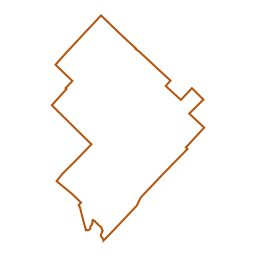 General Paz, Buenos Aires, Argentina
{"feature_id": "61730980B14792793371960", "entity_name": "General Paz", "entity_type": "district", "adm_level": 2, "iso_a3": "ARG", "parent_name": "Argentina", "parent_adm1": "Buenos Aires", "projection": "orthographic", "projection_center": [-58.446, -35.474], "detail": "fine", "context": "isolated", "style": "outline", "palette": "amber", "viewbox_px": 256, "rotation_deg": 0, "n_neighbors": 0, "source": "geoboundaries", "source_scale": "gbopen_adm2", "svg_char_len": 2243}
<svg xmlns="http://www.w3.org/2000/svg" viewBox="0 0 256 256"><path d="M203.4,99.6L191.9,88.2L180.9,99.9L165.7,86.0L170.5,80.6L155.2,66.5L152.7,64.0L150.9,62.4L139.3,51.7L135.5,48.8L135.9,48.4L121.4,35.1L101.0,15.4L92.0,25.2L90.9,26.3L85.1,32.4L81.9,35.9L80.6,37.3L77.3,40.9L73.7,44.7L71.3,47.3L66.8,52.1L64.1,55.1L60.4,59.2L57.0,63.0L55.5,64.7L57.4,66.6L58.1,67.3L61.2,70.2L65.1,74.0L68.7,77.4L72.4,81.0L69.4,84.1L65.5,88.1L66.5,89.0L62.6,93.3L58.3,98.1L56.1,100.5L54.7,102.1L51.8,105.3L91.4,144.3L79.9,156.3L75.5,160.8L73.0,163.3L62.2,174.0L56.6,181.2L61.2,185.0L69.5,191.8L72.6,194.4L76.8,198.5L81.0,202.6L78.6,205.1L80.0,207.4L81.0,211.7L85.8,229.9L86.0,229.7L86.3,229.6L86.5,229.7L86.7,229.8L87.1,230.1L87.6,230.4L87.8,230.4L88.2,230.3L88.3,230.2L88.8,229.9L89.1,229.7L89.4,229.4L89.8,229.2L90.1,228.9L90.3,228.4L90.4,228.0L90.4,227.6L90.4,227.1L90.5,226.6L90.6,226.1L90.8,225.7L91.0,225.6L91.4,225.3L91.6,225.1L91.8,224.8L92.0,224.4L92.0,224.1L92.2,223.8L92.3,223.6L92.3,223.2L92.2,222.9L92.2,222.7L92.4,222.4L92.5,222.1L92.7,221.7L92.7,221.4L92.5,221.1L92.5,220.7L92.4,220.4L92.5,220.1L93.0,220.0L93.3,220.1L93.5,220.3L93.8,220.5L94.0,220.7L94.3,220.9L94.6,221.0L94.9,221.1L95.1,221.3L95.2,221.6L95.3,221.8L95.5,222.0L95.7,222.3L96.0,222.4L96.3,222.7L96.5,223.0L96.7,223.3L96.9,223.6L97.1,223.7L97.4,223.9L97.7,224.0L97.8,224.1L98.0,224.3L98.2,224.6L98.4,224.8L98.6,225.0L98.9,225.3L99.0,225.4L99.3,225.6L99.5,225.8L99.6,226.0L99.9,226.3L100.1,226.5L100.7,226.8L101.0,226.9L101.2,227.1L101.4,227.2L101.4,227.3L101.4,227.7L101.5,228.0L101.6,228.3L101.7,228.6L101.9,229.0L101.9,229.4L102.0,229.6L102.3,229.9L102.6,230.2L102.7,230.4L102.7,230.7L102.6,231.0L102.5,231.3L102.3,231.5L102.1,231.8L101.9,232.0L101.9,232.4L101.7,232.7L101.6,233.1L101.4,233.5L101.3,233.8L101.3,234.0L101.2,234.5L101.1,234.8L101.1,235.0L100.9,235.5L101.0,236.0L101.2,236.5L101.4,237.0L101.7,237.3L102.1,237.7L102.3,238.1L102.7,238.4L102.9,238.8L103.3,239.0L103.4,239.4L103.5,239.7L103.5,240.1L103.5,240.6L113.6,230.2L118.4,225.1L130.9,211.9L131.0,211.8L136.8,205.6L139.5,200.1L140.2,198.3L143.0,195.1L154.8,182.7L162.8,174.2L169.2,167.7L169.3,167.5L187.5,149.0L185.9,147.4L204.2,127.6L189.2,113.6L203.4,99.6Z" fill="none" stroke="#b45309" stroke-width="2"/></svg>